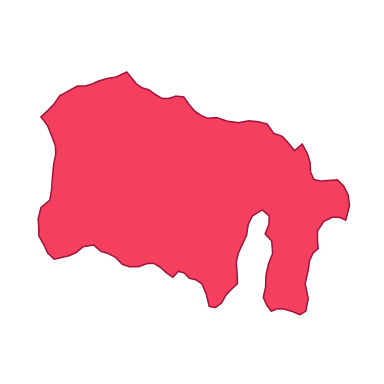 Passabém, Minas Gerais, Brazil (Equal Earth projection), rotated 186°
{"feature_id": "56859067B62293805835790", "entity_name": "Passabém", "entity_type": "district", "adm_level": 2, "iso_a3": "BRA", "parent_name": "Brazil", "parent_adm1": "Minas Gerais", "projection": "equal_earth", "projection_center": [-43.184, -19.36], "detail": "fine", "context": "isolated", "style": "filled", "palette": "rose", "viewbox_px": 384, "rotation_deg": 186, "n_neighbors": 0, "source": "geoboundaries", "source_scale": "gbopen_adm2", "svg_char_len": 1639}
<svg xmlns="http://www.w3.org/2000/svg" viewBox="0 0 384 384"><g transform="rotate(186 192 192)"><path d="M276.1,123.3L268.9,122.0L261.6,119.2L253.6,112.7L246.0,111.1L237.1,112.2L229.0,116.2L222.5,117.0L215.4,113.7L208.9,108.9L202.2,105.1L197.4,111.6L191.3,110.7L185.6,105.9L179.0,105.1L172.4,101.6L167.2,92.0L162.9,80.0L156.7,79.5L151.0,84.7L147.6,92.8L142.9,99.1L137.2,105.6L138.7,116.2L140.6,126.8L139.6,135.8L136.6,144.8L133.2,154.6L132.7,165.7L129.5,174.5L120.4,181.5L112.7,176.3L112.1,167.7L114.9,157.9L107.6,151.6L105.4,139.3L108.5,128.2L109.7,116.7L108.9,105.4L110.1,94.5L105.4,86.7L100.6,81.7L95.1,84.7L88.6,85.2L80.0,83.7L71.8,81.2L66.3,85.5L65.3,98.3L69.9,112.7L68.3,126.0L67.9,136.1L65.3,143.9L60.6,148.9L62.2,157.1L63.1,166.5L57.8,176.6L49.3,181.8L42.2,182.1L36.2,180.1L33.9,194.9L36.3,205.2L41.8,213.8L48.6,219.3L57.8,217.7L65.1,216.3L72.1,217.2L76.1,224.0L77.7,233.8L81.3,242.2L87.4,251.2L94.3,243.9L101.8,251.2L108.0,256.8L116.8,258.8L124.4,267.5L133.6,268.8L142.7,268.8L153.0,265.8L164.6,266.1L174.9,268.6L184.4,267.0L190.5,268.8L198.0,272.9L203.8,278.4L210.1,285.7L218.0,285.7L224.7,282.7L231.6,281.9L238.7,285.2L245.8,289.2L252.5,290.4L258.3,293.5L263.0,298.2L269.5,304.5L280.0,298.2L288.4,296.0L296.7,292.5L303.3,288.7L309.4,286.2L317.1,285.4L325.8,279.3L333.7,273.8L338.2,265.3L344.6,257.2L350.1,250.9L342.8,243.2L337.0,232.4L332.6,223.5L331.5,215.0L332.5,204.9L332.3,191.1L331.9,179.6L332.6,169.0L340.6,160.9L342.2,149.1L340.8,141.3L339.6,132.0L333.5,123.5L329.1,116.2L322.0,110.7L313.6,113.7L307.6,115.7L301.1,119.5L294.4,126.3L284.3,129.0L276.1,123.3Z" fill="#f43f5e" stroke="#9f1239" stroke-width="1.5"/></g></svg>